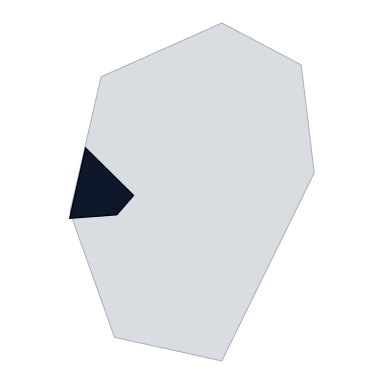 where Denigomodu sits in Nauru
{"feature_id": "NRU-4973", "entity_name": "Denigomodu", "entity_type": "state/province", "adm_level": 1, "iso_a3": "NRU", "parent_name": "Nauru", "parent_adm1": "", "projection": "natural_earth1", "projection_center": [166.912, -0.518], "detail": "fine", "context": "in_parent", "style": "filled", "palette": "ink", "viewbox_px": 384, "rotation_deg": 0, "n_neighbors": 0, "source": "natural_earth", "source_scale": "10m", "svg_char_len": 343}
<svg xmlns="http://www.w3.org/2000/svg" viewBox="0 0 384 384"><path d="M314.2,172.9L221.8,361.0L114.5,337.3L70.0,212.1L101.1,76.8L221.8,23.0L301.2,64.9L314.2,172.9Z" fill="#d9dde1" stroke="#a8b0b8" stroke-width="1"/><path d="M69.8,218.2L85.6,148.2L133.4,195.4L116.7,214.7L69.8,218.2Z" fill="#0f172a" stroke="#020617" stroke-width="1.5"/></svg>